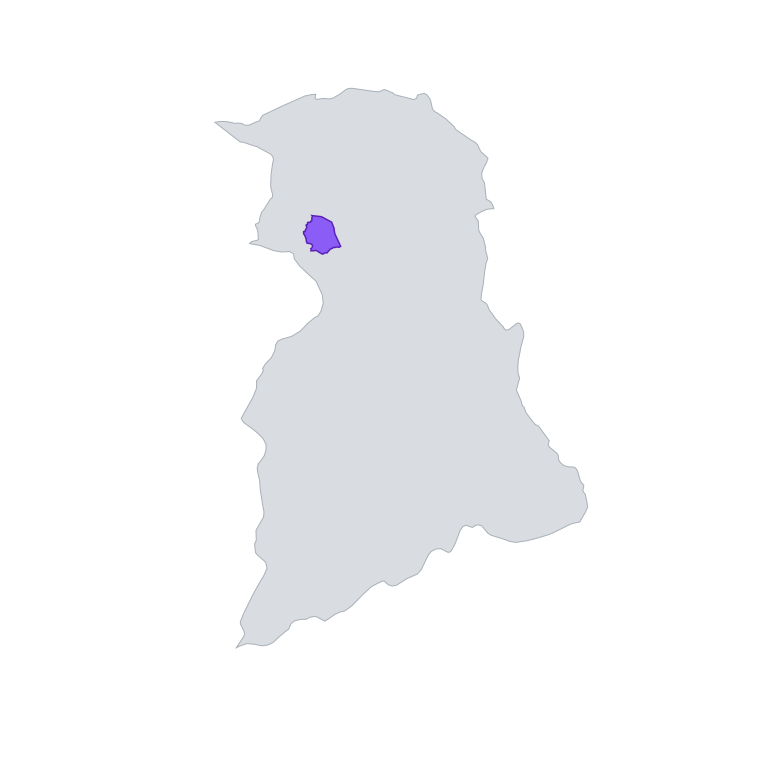 Boali, Ombella-M'Poko, Central African Republic (highlighted), rotated 104°
{"feature_id": "33826404B11454155454969", "entity_name": "Boali", "entity_type": "district", "adm_level": 2, "iso_a3": "CAF", "parent_name": "Central African Republic", "parent_adm1": "Ombella-M'Poko", "projection": "natural_earth1", "projection_center": [18.06, 4.808], "detail": "fine", "context": "in_parent", "style": "filled", "palette": "violet", "viewbox_px": 768, "rotation_deg": 104, "n_neighbors": 0, "source": "geoboundaries", "source_scale": "gbopen_adm2", "svg_char_len": 4925}
<svg xmlns="http://www.w3.org/2000/svg" viewBox="0 0 768 768"><g transform="rotate(104 384 384)"><path d="M524.1,276.8L530.7,278.8L531.9,281.2L530.1,288.8L531.4,293.6L535.1,297.7L538.9,299.4L542.5,300.4L555.1,302.9L560.4,305.7L567.3,314.7L576.0,322.9L578.1,327.2L577.8,331.2L575.2,335.9L575.6,337.9L579.6,342.7L584.2,347.6L592.6,353.1L607.1,361.6L613.8,367.3L616.0,371.6L619.8,376.3L625.0,380.7L628.4,384.0L626.1,393.4L626.8,396.4L628.1,399.1L631.2,402.8L632.4,407.5L635.4,413.5L639.0,416.2L645.0,417.2L648.1,419.9L654.7,424.6L661.1,428.7L663.8,431.5L665.5,434.0L666.9,436.9L667.7,439.9L667.8,446.2L669.0,454.1L672.4,459.5L675.6,463.5L662.6,458.9L660.7,458.8L658.4,459.6L651.6,465.2L649.5,465.9L640.9,464.7L620.3,460.3L604.4,456.0L599.6,454.4L591.1,452.9L585.5,455.8L580.3,465.9L578.7,467.9L570.5,470.9L566.6,470.1L557.0,472.8L542.2,468.7L537.0,469.5L532.8,471.6L522.2,476.1L515.8,478.7L508.3,481.1L501.2,484.7L496.4,486.7L491.7,486.7L487.5,484.6L482.9,482.9L477.3,482.5L471.6,483.6L466.7,487.6L464.7,490.4L460.5,498.1L455.5,510.4L453.5,512.9L451.7,514.2L428.6,508.0L418.6,506.6L411.9,508.5L403.5,505.0L399.8,504.4L398.1,505.5L393.4,504.0L385.7,499.7L378.4,498.0L371.9,498.6L367.8,497.2L364.6,493.1L360.4,485.5L352.9,478.0L342.8,472.1L336.5,467.5L334.0,464.5L328.6,462.8L320.3,462.5L312.3,465.5L300.8,474.8L290.2,494.0L284.3,501.3L279.5,503.2L278.3,507.8L280.7,515.2L281.3,523.6L279.6,538.0L280.3,548.4L277.7,546.8L275.3,541.9L274.1,540.9L267.1,543.1L263.5,545.1L261.5,547.0L260.0,547.3L257.8,544.6L256.0,544.2L253.3,544.7L250.5,544.6L248.6,544.3L247.4,544.5L244.1,542.9L232.0,538.9L229.9,537.5L227.5,537.7L221.2,541.2L217.9,542.2L207.9,544.3L197.2,545.4L193.1,545.5L190.3,547.0L188.5,549.2L185.1,562.5L184.3,564.7L184.4,568.1L183.5,578.7L183.9,582.1L171.0,611.4L168.9,606.5L167.6,600.8L167.1,594.2L167.4,592.5L166.6,590.5L165.5,585.2L166.5,581.7L165.7,578.1L163.2,574.6L160.9,571.8L159.6,569.4L158.5,568.4L156.0,568.0L152.7,566.7L138.5,549.5L123.6,530.3L120.6,524.0L119.4,520.4L123.0,520.0L124.0,519.3L124.0,517.7L121.8,512.7L120.7,506.4L118.9,502.6L113.1,496.7L107.6,492.2L105.8,489.9L104.8,486.6L102.7,465.8L101.8,459.8L100.0,457.3L98.8,456.1L98.3,454.6L98.5,450.9L99.3,447.6L99.2,446.3L100.7,443.4L100.8,424.1L99.0,421.5L95.6,421.4L93.9,418.6L92.4,415.1L92.9,412.6L96.1,408.6L98.2,407.1L104.5,404.0L106.3,402.5L107.4,400.6L108.1,398.0L111.8,388.1L117.3,378.2L119.6,376.2L125.1,361.7L126.4,357.9L127.4,354.2L129.1,351.2L135.1,346.3L139.7,337.7L144.6,338.1L149.6,339.5L156.0,340.2L161.1,338.5L164.4,335.2L180.0,329.4L181.2,324.7L183.6,322.3L186.5,320.2L187.5,319.9L187.7,321.4L189.5,326.2L193.0,331.0L198.2,336.3L199.7,335.9L203.0,332.0L211.1,329.5L213.2,328.4L219.0,322.6L226.0,318.9L230.0,317.6L237.1,313.7L242.1,314.2L250.1,313.6L263.5,311.8L273.2,311.2L278.1,310.5L279.4,309.7L281.2,304.1L282.7,302.6L286.3,300.2L293.5,291.7L298.2,284.7L299.6,282.1L300.5,281.6L302.5,278.7L300.5,275.6L292.5,269.3L292.7,268.4L292.2,267.3L292.6,266.5L295.7,263.9L299.8,261.0L304.2,259.9L315.6,260.1L325.3,259.5L327.6,259.6L335.2,258.2L340.4,256.8L345.7,253.8L357.8,254.1L367.9,246.4L370.8,245.0L372.1,243.8L372.4,242.6L377.1,239.6L382.4,233.3L386.6,227.6L387.7,223.6L399.1,209.9L403.0,210.2L405.0,208.5L409.5,199.4L410.9,197.8L415.5,196.2L417.8,193.5L419.7,189.5L419.7,184.5L418.8,180.5L418.8,178.6L419.9,176.9L421.7,175.1L430.3,170.2L432.5,167.8L433.8,165.7L436.2,165.3L438.9,165.5L440.6,164.2L442.4,162.0L448.4,159.0L454.0,156.6L459.8,157.6L470.4,160.6L473.6,167.1L475.1,169.4L488.2,184.7L490.7,188.4L497.3,199.5L501.3,207.0L505.8,217.8L506.3,223.7L505.7,228.7L504.9,243.0L503.7,247.1L498.0,254.8L497.8,258.2L499.0,261.1L500.7,262.3L501.8,263.7L501.2,270.3L503.2,272.9L507.6,274.7L518.4,275.9L524.1,276.8Z" fill="#d9dde1" stroke="#a8b0b8" stroke-width="1"/><path d="M264.8,466.9L263.9,466.3L263.6,465.8L263.5,464.7L262.7,463.7L262.4,462.3L262.2,460.6L262.0,460.3L261.6,460.1L261.2,459.8L260.9,459.4L250.2,468.0L246.5,469.7L245.2,470.0L239.6,474.0L236.8,485.2L238.0,494.6L238.3,494.2L239.0,494.1L239.6,494.1L240.3,494.2L240.6,494.1L241.3,494.0L241.6,493.9L242.2,493.6L242.8,493.7L243.1,493.7L243.4,494.0L243.7,494.4L244.2,494.6L244.8,494.6L245.0,494.8L245.2,495.2L245.2,495.7L245.4,496.4L245.4,496.6L245.6,496.9L245.8,497.2L246.2,497.2L246.7,497.1L247.0,497.0L247.3,496.9L247.9,497.1L248.2,497.6L248.5,497.9L248.8,498.1L249.1,497.7L249.7,497.2L250.2,497.0L251.0,497.0L251.9,497.0L252.5,497.1L252.8,497.3L253.6,497.5L254.5,497.6L254.8,497.5L255.1,497.5L255.2,498.1L255.4,498.4L255.6,498.9L256.2,498.8L256.7,498.5L257.2,498.4L257.9,498.2L258.1,497.9L258.4,497.3L260.3,495.9L262.0,494.7L264.4,493.8L266.0,492.7L265.6,488.9L266.4,487.4L267.3,486.7L268.4,486.7L269.4,486.9L270.0,487.4L270.5,487.8L271.1,487.3L271.7,487.0L272.4,487.1L272.1,486.0L271.8,484.5L271.0,482.9L271.0,481.2L271.5,479.8L271.8,479.3L272.8,475.5L272.5,474.3L270.8,472.9L270.7,471.1L266.0,468.7L264.8,466.9Z" fill="#8b5cf6" stroke="#5b21b6" stroke-width="1.5"/></g></svg>